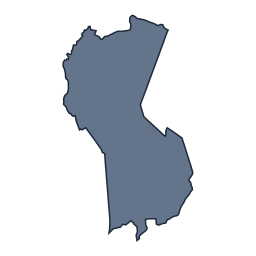 outline of Caruaru, Pernambuco, Brazil
{"feature_id": "56859067B68143060534399", "entity_name": "Caruaru", "entity_type": "district", "adm_level": 2, "iso_a3": "BRA", "parent_name": "Brazil", "parent_adm1": "Pernambuco", "projection": "equal_earth", "projection_center": [-36.026, -8.188], "detail": "fine", "context": "isolated", "style": "filled", "palette": "slate", "viewbox_px": 256, "rotation_deg": 0, "n_neighbors": 0, "source": "geoboundaries", "source_scale": "gbopen_adm2", "svg_char_len": 2876}
<svg xmlns="http://www.w3.org/2000/svg" viewBox="0 0 256 256"><path d="M165.8,223.0L166.5,221.3L167.1,219.9L168.4,219.4L170.0,218.7L171.5,217.4L173.0,216.7L174.6,216.1L176.4,215.8L178.0,214.9L178.9,213.4L179.2,211.8L179.8,210.3L180.2,208.6L181.3,206.5L182.2,204.7L183.6,203.0L184.5,201.0L185.6,198.8L186.8,197.3L188.6,195.2L189.7,193.6L190.3,192.3L191.2,191.0L192.4,189.8L192.1,187.3L191.2,185.6L191.0,184.0L190.4,181.9L189.1,180.9L189.1,179.0L190.3,177.4L191.7,175.6L192.9,172.9L190.9,166.0L185.8,150.0L184.1,144.6L182.4,139.5L182.0,138.0L177.6,134.9L173.8,132.2L167.2,127.8L166.3,129.6L165.8,132.0L165.9,134.2L165.4,136.1L163.5,134.9L159.0,130.7L148.6,121.2L143.9,116.8L140.4,105.1L141.0,102.9L144.5,93.5L146.1,89.4L150.7,76.8L156.7,60.6L159.4,53.4L160.0,51.6L162.9,43.8L163.5,42.3L164.6,39.0L166.9,32.8L168.1,30.0L166.9,29.7L165.7,28.7L164.1,27.7L162.9,24.9L161.2,24.4L160.0,24.8L157.7,25.6L154.7,23.9L152.3,23.0L151.1,22.6L148.3,21.6L146.1,20.5L143.4,19.6L141.3,19.4L140.0,18.8L138.4,18.9L137.1,18.4L135.9,17.3L134.0,15.9L132.0,15.4L129.9,17.6L129.6,21.5L130.2,22.7L130.8,24.0L130.8,26.3L130.5,28.1L130.0,29.8L128.7,30.3L127.0,30.6L125.7,30.7L123.6,31.2L122.3,31.1L120.8,31.5L119.0,31.2L117.0,31.5L115.3,32.3L113.4,33.2L111.5,34.2L110.0,34.9L108.6,35.7L106.8,36.3L105.3,36.3L104.1,37.0L103.2,38.1L102.1,39.5L100.8,39.2L100.1,37.9L99.1,36.8L97.4,35.9L95.5,35.3L94.5,33.8L95.4,32.6L96.1,30.7L92.9,30.1L91.2,30.1L90.5,28.5L90.0,26.3L88.4,26.7L87.9,28.7L86.5,29.5L85.5,30.5L84.4,30.1L83.7,32.1L82.4,33.1L81.7,34.5L82.7,36.3L81.0,37.9L78.7,40.5L76.8,41.6L76.6,43.8L75.9,45.0L74.7,45.1L73.5,45.0L73.0,47.3L72.4,49.8L71.5,51.2L71.6,53.2L70.9,54.4L69.5,54.3L67.8,53.4L66.8,54.4L67.6,55.7L68.6,57.3L68.3,59.2L66.9,58.9L66.1,60.2L64.6,60.1L63.8,61.4L63.1,63.1L63.2,66.5L64.1,68.2L64.6,69.7L65.0,71.6L65.4,73.7L65.6,76.9L65.9,78.5L67.4,79.8L68.3,81.6L68.4,86.2L68.4,88.5L68.1,90.8L67.0,93.8L65.4,94.9L64.6,96.0L63.6,99.0L63.8,100.6L63.7,102.6L63.6,104.4L64.9,105.7L66.3,107.2L67.2,110.1L68.4,111.9L69.2,113.4L70.9,113.6L71.9,115.4L73.4,116.3L75.3,115.7L76.0,120.2L76.7,122.3L78.7,127.7L79.5,129.9L80.7,129.0L82.0,129.8L85.8,127.8L88.8,132.0L92.9,137.5L95.0,140.4L101.7,150.1L102.1,152.2L104.6,153.6L104.9,156.1L105.4,163.8L106.2,173.3L106.6,179.1L107.4,188.1L108.2,198.2L108.4,201.4L108.6,203.5L108.9,207.7L109.1,209.9L109.3,212.2L110.0,221.3L109.6,229.0L109.0,233.1L113.3,228.8L119.2,227.4L120.7,227.0L122.6,224.3L124.5,224.6L125.9,224.8L130.8,220.8L132.7,222.3L134.2,224.4L135.8,225.7L136.9,226.8L137.3,229.9L137.4,231.9L136.1,235.3L136.6,237.9L137.0,240.6L139.3,238.7L139.4,236.1L141.3,234.1L143.9,232.1L145.8,230.6L146.9,229.2L147.0,227.2L146.0,225.8L145.7,224.2L145.5,219.4L147.4,219.0L149.0,218.7L151.0,218.8L152.9,218.8L154.2,218.8L155.8,218.8L156.3,222.2L156.4,224.2L158.5,225.1L160.6,224.4L161.7,223.8L165.8,223.0Z" fill="#64748b" stroke="#1e293b" stroke-width="1.5"/></svg>